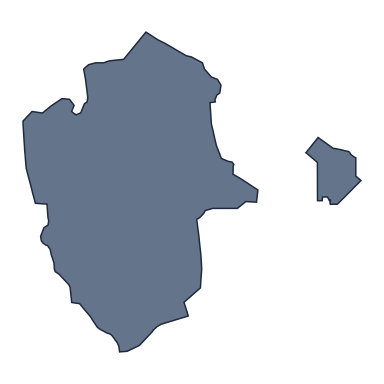 the district of As Saiyani, Ibb, Yemen
{"feature_id": "15242507B28390593826974", "entity_name": "As Saiyani", "entity_type": "district", "adm_level": 2, "iso_a3": "YEM", "parent_name": "Yemen", "parent_adm1": "Ibb", "projection": "mercator", "projection_center": [44.227, 13.822], "detail": "fine", "context": "isolated", "style": "filled", "palette": "slate", "viewbox_px": 384, "rotation_deg": 0, "n_neighbors": 0, "source": "geoboundaries", "source_scale": "gbopen_adm2", "svg_char_len": 3370}
<svg xmlns="http://www.w3.org/2000/svg" viewBox="0 0 384 384"><path d="M167.8,45.0L165.8,43.8L157.5,39.6L152.3,36.2L147.7,33.2L145.9,32.1L123.7,59.3L109.7,60.8L106.7,61.7L105.4,62.2L103.6,62.8L99.2,62.8L97.7,62.8L97.1,62.8L95.6,62.8L88.6,64.7L84.0,68.7L83.7,69.3L85.6,79.9L87.8,97.8L87.0,102.1L84.4,103.7L81.4,111.2L80.8,112.9L80.0,113.2L76.1,114.8L76.0,114.7L73.7,113.4L72.0,111.7L71.7,111.4L73.1,107.8L74.1,105.3L72.6,103.4L69.5,99.3L66.4,99.0L62.0,98.6L52.5,105.0L50.8,106.2L46.0,110.1L42.5,113.0L42.4,113.0L32.0,111.5L31.3,112.3L27.5,116.3L23.0,121.1L23.1,124.4L23.1,125.2L23.2,126.9L23.3,128.5L24.3,143.9L24.6,148.5L24.6,149.4L25.2,155.9L25.4,158.9L25.6,161.4L26.2,168.2L26.3,168.6L27.3,172.5L29.3,180.1L31.1,186.8L31.3,187.6L31.5,188.4L32.6,192.9L34.0,198.1L35.4,203.3L46.3,204.1L47.0,204.2L48.0,217.8L48.7,220.8L48.0,225.1L44.0,227.6L40.6,236.4L41.4,241.0L43.1,243.1L45.7,245.0L47.7,245.7L47.7,245.8L48.0,246.3L48.8,247.4L50.1,249.4L50.2,249.5L51.0,253.4L51.0,253.6L51.1,253.8L51.1,254.1L51.3,254.7L51.4,255.1L51.8,256.3L52.1,257.1L54.0,263.1L54.1,264.0L54.1,264.5L54.3,268.8L55.2,271.6L59.3,274.4L61.0,276.3L65.4,281.0L65.9,281.5L68.7,284.5L68.9,284.9L70.1,287.3L71.7,302.5L79.6,303.7L80.1,304.3L80.6,304.9L81.0,305.4L85.1,310.4L88.3,314.1L90.6,316.9L92.4,319.8L92.5,320.0L97.0,326.8L98.5,328.2L99.9,329.1L101.3,330.0L102.9,330.8L104.4,331.6L105.8,332.5L107.3,333.1L107.6,333.3L109.3,333.7L110.8,334.5L112.0,335.6L114.2,338.5L115.0,339.8L116.1,341.2L117.1,342.4L117.9,344.2L118.7,346.0L119.2,348.5L119.5,351.1L119.6,351.9L127.2,351.3L134.0,348.0L137.2,346.5L137.7,346.3L139.4,345.4L143.6,341.0L144.8,339.7L150.6,333.5L152.2,331.8L153.2,330.2L157.2,326.5L158.0,326.1L161.2,324.2L161.9,324.0L169.1,321.8L172.2,320.9L176.4,319.6L177.7,319.2L179.3,318.7L188.1,316.1L188.3,316.0L187.6,313.8L187.4,313.2L187.3,312.6L184.0,302.3L196.6,291.2L198.3,289.8L200.1,288.2L200.4,287.9L200.6,284.8L201.0,278.8L201.7,269.2L201.3,261.3L201.0,256.3L200.2,248.6L200.1,248.1L199.7,244.2L199.1,238.3L198.8,235.5L198.7,235.1L198.6,233.8L198.0,229.4L196.7,219.3L198.7,218.3L200.6,216.8L202.8,214.4L204.2,212.7L205.3,210.5L207.9,209.8L212.6,208.4L215.4,208.4L226.1,208.4L237.4,208.4L245.8,201.6L251.7,201.9L256.5,202.2L257.9,190.0L256.8,189.3L254.1,187.5L244.6,181.2L241.0,178.9L233.0,174.2L233.2,166.0L233.8,164.5L232.1,162.1L229.7,161.6L227.4,161.1L221.4,158.4L219.8,154.4L219.5,153.5L216.4,145.6L216.2,144.7L214.7,138.4L214.7,138.2L213.4,132.4L212.8,129.7L212.1,127.0L211.6,124.8L211.3,123.3L210.0,102.6L215.3,101.9L214.9,99.9L216.9,95.0L219.8,93.0L220.7,87.0L221.0,85.2L220.1,83.8L217.5,79.4L212.3,77.4L211.5,77.1L209.5,74.8L204.5,69.1L202.5,63.0L202.4,62.8L196.2,59.5L195.7,59.2L192.5,57.5L191.4,56.9L189.5,56.5L186.2,55.7L176.5,50.1L167.8,45.0ZM317.4,163.5L317.5,200.7L322.2,200.7L322.5,197.8L322.5,197.0L325.3,197.0L327.5,197.0L328.7,199.3L329.4,200.7L329.7,200.5L329.7,200.2L329.7,199.9L329.9,199.7L330.2,199.8L330.5,200.5L330.3,201.8L330.0,202.3L330.3,204.3L337.4,204.2L337.7,203.9L346.5,195.1L350.1,191.5L355.4,186.1L361.0,180.5L355.8,176.1L355.8,166.4L355.8,157.8L354.2,157.0L352.8,156.0L351.3,154.8L350.4,153.8L349.5,152.2L348.2,151.4L345.1,150.8L340.8,149.7L335.0,148.5L334.0,148.5L333.4,148.5L318.1,137.5L314.9,141.5L309.2,148.7L306.0,152.6L305.9,152.7L307.0,153.5L311.9,157.7L315.6,160.9L317.4,162.4L317.4,163.5Z" fill="#64748b" stroke="#1e293b" stroke-width="1.5"/></svg>